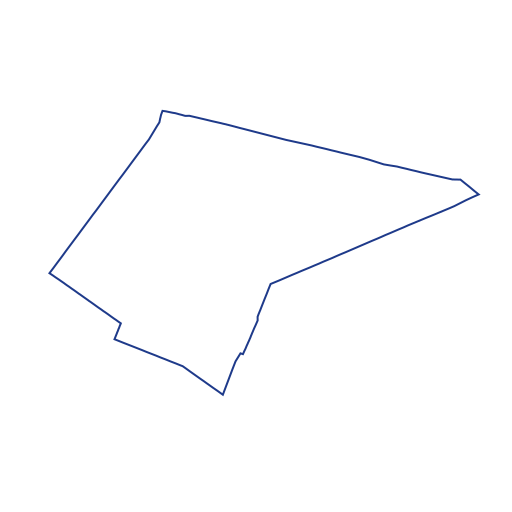 outline of Texcalyacac, México, Mexico, rotated 290°
{"feature_id": "50627088B38447053181428", "entity_name": "Texcalyacac", "entity_type": "district", "adm_level": 2, "iso_a3": "MEX", "parent_name": "Mexico", "parent_adm1": "México", "projection": "orthographic", "projection_center": [-99.508, 19.124], "detail": "fine", "context": "isolated", "style": "outline", "palette": "blue", "viewbox_px": 512, "rotation_deg": 290, "n_neighbors": 0, "source": "geoboundaries", "source_scale": "gbopen_adm2", "svg_char_len": 3717}
<svg xmlns="http://www.w3.org/2000/svg" viewBox="0 0 512 512"><g transform="rotate(290 256 256)"><path d="M170.2,68.1L169.2,67.8L168.2,72.0L167.6,74.1L167.2,75.7L166.3,79.4L165.9,80.8L164.7,85.4L164.6,85.6L163.7,88.8L163.3,90.5L162.0,95.1L162.0,95.3L160.8,99.6L159.9,102.7L159.8,103.3L158.8,106.9L158.6,107.6L157.1,113.1L156.6,114.7L156.5,115.3L155.9,117.5L154.9,121.1L154.6,122.1L153.6,125.7L152.6,129.6L152.5,129.8L151.8,132.3L151.8,132.5L150.9,135.9L150.6,137.0L149.5,140.8L148.4,144.8L148.2,145.8L147.2,149.3L146.7,151.2L146.5,152.0L145.8,152.0L145.1,152.0L144.5,151.9L143.8,151.9L143.5,151.9L142.9,151.9L142.5,151.9L141.9,151.9L141.3,151.9L140.7,151.8L140.1,151.8L139.7,151.8L139.3,151.8L138.9,151.8L138.5,151.8L137.8,151.8L137.0,151.7L136.6,151.7L136.2,151.7L135.4,151.7L129.4,151.5L129.1,160.6L129.0,165.1L128.8,173.4L128.6,181.3L128.4,186.2L128.3,191.1L128.2,196.0L128.0,200.8L127.9,206.4L127.7,211.9L127.6,217.5L127.4,223.0L127.4,223.8L127.4,224.3L127.4,224.7L126.4,228.4L125.0,233.3L123.9,237.3L122.6,242.0L121.4,246.4L120.6,249.5L119.6,253.0L118.9,255.6L117.4,261.0L115.9,266.7L114.3,272.3L114.8,272.3L123.4,272.4L132.1,272.5L141.2,272.6L150.0,272.8L159.2,274.7L159.3,277.3L162.0,277.5L163.4,277.6L164.0,277.7L165.1,277.8L166.7,277.9L167.3,277.9L169.2,278.0L169.9,278.1L172.0,278.2L174.1,278.4L176.1,278.5L177.4,278.6L178.1,278.6L179.2,278.6L179.6,278.6L180.6,278.7L181.9,278.7L183.0,278.8L187.4,279.0L190.9,279.3L196.0,279.6L199.4,278.3L200.4,278.3L201.9,278.3L204.5,278.4L206.4,278.5L211.1,278.6L218.8,278.8L224.1,279.0L229.4,279.1L234.7,279.3L237.9,282.8L241.1,286.3L244.4,289.8L247.6,293.2L250.9,296.7L254.1,300.2L257.4,303.7L260.6,307.2L263.8,310.7L267.1,314.2L270.3,317.7L273.6,321.1L276.8,324.6L280.1,328.2L283.5,331.7L286.8,335.2L290.1,338.8L293.4,342.3L296.7,345.8L300.1,349.4L303.4,352.9L306.7,356.4L310.0,359.9L313.3,363.5L316.6,367.0L320.0,370.5L323.3,374.1L326.6,377.6L329.9,381.1L333.2,384.7L336.6,388.2L340.0,391.9L343.4,395.6L346.8,399.3L350.2,403.0L353.6,406.8L357.0,410.5L360.4,414.2L363.8,417.9L367.2,421.6L370.7,425.3L375.4,429.7L380.1,434.1L385.1,439.1L390.0,444.2L391.9,438.6L393.9,433.1L395.8,427.5L397.7,422.0L395.1,414.4L394.4,409.0L393.7,403.5L393.0,398.0L392.3,392.5L391.6,387.1L391.0,382.2L390.5,377.3L389.9,372.5L389.4,367.6L388.8,362.8L388.3,357.9L387.0,351.3L385.8,344.8L385.6,339.8L385.4,334.7L385.2,329.7L384.8,324.5L384.4,319.3L383.8,314.2L383.2,309.2L382.2,300.6L381.7,295.6L381.1,290.6L380.6,285.6L380.0,280.5L379.4,275.5L378.9,270.5L378.2,265.3L377.5,260.2L376.8,255.0L376.1,249.8L375.4,244.7L374.9,239.5L374.4,234.3L373.9,229.1L373.4,223.9L372.9,218.7L372.4,213.5L371.9,208.3L371.6,205.2L371.1,200.1L370.7,196.3L370.7,196.0L370.6,195.2L370.6,194.6L370.5,194.1L370.5,193.6L370.4,193.1L370.4,192.7L370.1,189.4L370.0,188.3L369.9,187.2L369.8,186.4L369.8,186.0L369.7,185.4L369.7,185.1L369.6,184.4L369.5,183.6L369.5,183.1L369.2,180.9L369.0,179.3L368.9,178.1L368.2,172.6L367.7,168.7L367.0,162.5L366.7,159.9L366.4,157.5L366.2,155.8L366.0,154.0L365.2,147.4L365.0,145.6L364.6,144.5L363.5,141.7L363.4,140.9L363.3,139.4L363.2,137.9L362.9,135.1L362.8,133.6L362.7,132.4L362.6,131.3L362.1,128.7L361.1,121.8L360.4,118.5L358.9,118.5L356.1,118.5L353.0,118.9L352.6,118.9L348.6,119.5L347.6,119.3L345.0,118.7L344.1,118.5L339.0,117.5L333.9,116.5L328.8,115.5L324.1,114.0L319.4,112.6L314.6,111.2L309.9,109.8L305.2,108.4L300.5,107.0L295.7,105.6L291.0,104.2L286.3,102.8L281.5,101.3L276.8,99.9L272.1,98.5L267.4,97.1L262.6,95.7L257.9,94.3L253.2,92.9L248.4,91.5L243.7,90.1L239.0,88.6L234.2,87.2L229.5,85.8L224.8,84.4L220.1,83.0L215.3,81.6L210.4,80.1L205.4,78.6L200.4,77.1L195.4,75.6L190.8,74.3L186.1,72.9L181.5,71.5L175.4,69.7L170.2,68.1Z" fill="none" stroke="#1e3a8a" stroke-width="2"/></g></svg>